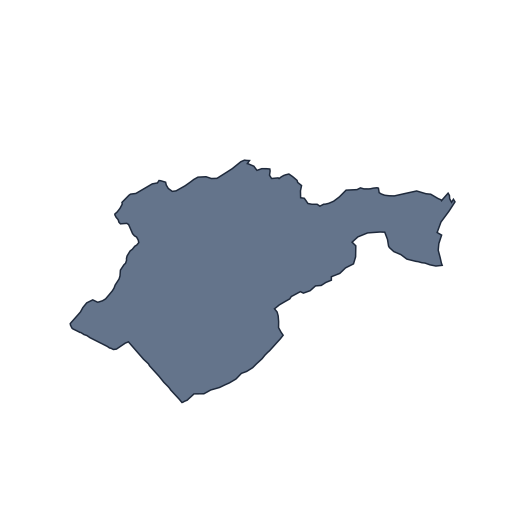 the district of Mamou, Mamou, Guinea, rotated 49°
{"feature_id": "49546643B72815389499799", "entity_name": "Mamou", "entity_type": "district", "adm_level": 2, "iso_a3": "GIN", "parent_name": "Guinea", "parent_adm1": "Mamou", "projection": "equal_earth", "projection_center": [-11.801, 10.57], "detail": "fine", "context": "isolated", "style": "filled", "palette": "slate", "viewbox_px": 512, "rotation_deg": 49, "n_neighbors": 0, "source": "geoboundaries", "source_scale": "gbopen_adm2", "svg_char_len": 3142}
<svg xmlns="http://www.w3.org/2000/svg" viewBox="0 0 512 512"><g transform="rotate(49 256 256)"><path d="M381.6,126.8L385.2,121.6L382.9,120.7L377.9,118.0L371.2,114.7L366.6,109.9L362.0,102.2L357.1,103.9L351.7,94.1L348.8,81.0L345.7,70.3L342.7,69.8L343.8,73.2L339.9,72.3L337.2,70.3L334.6,69.8L335.3,75.1L335.7,78.0L336.0,79.7L335.0,79.5L332.1,80.9L324.0,83.6L320.5,86.9L312.3,92.1L305.7,104.2L301.4,112.2L298.1,115.8L294.6,119.0L291.3,120.8L289.0,121.5L285.1,119.1L283.9,119.9L282.2,122.3L281.6,123.2L280.3,125.6L279.1,127.2L278.1,128.3L276.2,130.5L273.1,132.5L272.2,136.2L265.4,144.8L266.1,154.3L265.6,161.5L264.0,166.5L262.4,169.6L261.3,171.0L260.3,175.1L257.1,175.9L253.6,179.9L250.4,182.4L247.4,182.0L244.1,181.7L241.3,184.1L236.0,179.7L232.7,175.4L227.8,176.3L225.9,175.4L221.8,176.0L220.0,176.3L215.7,177.4L214.2,180.3L213.4,182.3L212.8,185.4L212.8,185.6L212.7,187.8L211.6,188.0L207.8,193.3L206.9,193.3L203.9,192.8L201.1,189.6L199.4,188.5L197.1,190.7L193.9,194.3L192.0,199.1L186.8,198.7L181.3,201.4L180.6,201.9L179.7,198.3L177.6,200.5L176.1,201.8L174.9,205.6L174.5,216.7L173.6,222.8L171.8,234.5L168.2,238.9L163.4,241.7L158.4,248.1L157.4,252.8L157.2,256.4L156.5,263.4L154.4,273.6L152.3,276.8L147.5,277.9L143.6,277.2L141.0,275.8L136.6,278.6L135.4,279.7L136.2,282.4L133.5,287.0L130.0,305.6L127.0,310.1L126.8,312.0L127.6,322.0L129.1,322.9L130.8,327.4L131.7,331.9L131.7,334.9L132.3,335.5L135.1,336.2L138.1,336.2L140.6,337.3L142.8,337.2L146.6,332.1L148.7,331.5L158.2,334.5L161.0,334.5L163.3,333.7L166.6,334.4L167.9,335.1L169.0,335.7L169.5,338.9L169.1,341.1L169.8,344.9L169.6,347.7L171.4,353.3L172.9,355.4L174.3,356.5L175.9,359.2L176.0,361.5L177.7,367.6L181.8,371.7L183.5,374.4L185.5,381.3L187.1,384.2L188.1,387.4L189.7,397.6L189.1,401.2L187.1,405.8L182.0,408.0L180.3,414.5L181.3,420.4L183.1,425.3L185.1,440.5L186.3,441.3L189.5,442.2L190.7,442.1L195.2,440.2L198.2,439.0L198.3,438.9L198.8,438.4L201.9,437.5L202.4,437.4L203.7,436.6L205.1,435.8L208.3,435.0L208.7,434.9L226.8,427.5L229.3,426.9L230.6,425.9L231.7,425.5L232.4,425.2L233.0,425.0L234.7,422.4L236.0,411.6L236.5,410.4L236.7,409.7L237.1,408.6L248.5,408.6L254.4,408.6L260.3,408.6L267.0,407.9L268.9,408.4L273.7,408.3L283.2,408.1L290.9,408.4L293.8,408.2L296.8,408.0L298.5,408.0L298.9,408.0L300.6,408.2L301.0,408.3L313.3,407.9L313.9,407.9L318.0,408.0L318.4,407.1L318.7,405.4L319.2,403.9L319.7,402.5L319.6,400.9L319.4,393.2L325.8,385.7L327.4,378.1L331.3,369.8L332.9,363.9L334.3,359.4L335.7,351.7L335.0,344.0L337.0,338.8L338.1,331.8L337.7,326.5L337.5,318.7L336.7,314.4L336.4,310.4L336.4,308.1L335.8,303.0L335.2,298.3L334.5,292.1L333.6,287.5L330.0,287.1L324.9,286.0L320.4,282.0L315.8,278.6L312.1,276.8L308.0,276.7L308.2,270.4L309.4,264.1L310.5,258.7L309.7,255.8L310.0,254.9L312.0,245.9L315.1,244.6L317.7,237.9L317.6,230.7L321.0,226.1L321.8,220.6L323.7,215.0L321.1,212.7L324.1,204.1L323.7,196.2L325.9,187.6L322.0,181.4L313.8,174.0L308.6,174.4L308.4,166.6L311.8,156.6L319.3,146.6L322.5,143.2L329.8,145.9L335.4,149.4L337.1,149.8L343.1,149.1L350.1,145.7L357.3,144.2L365.0,138.8L366.7,137.3L369.8,135.3L372.2,133.1L376.8,130.5L381.6,126.8Z" fill="#64748b" stroke="#1e293b" stroke-width="1.5"/></g></svg>